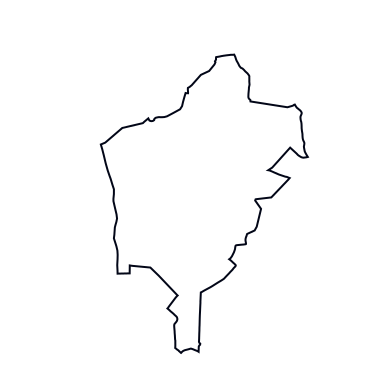 the district of 6e Arrondissement, Analamanga, Madagascar, rotated 37°
{"feature_id": "10022922B53755400100934", "entity_name": "6e Arrondissement", "entity_type": "district", "adm_level": 2, "iso_a3": "MDG", "parent_name": "Madagascar", "parent_adm1": "Analamanga", "projection": "orthographic", "projection_center": [47.5, -18.868], "detail": "fine", "context": "isolated", "style": "outline", "palette": "ink", "viewbox_px": 384, "rotation_deg": 37, "n_neighbors": 0, "source": "geoboundaries", "source_scale": "gbopen_adm2", "svg_char_len": 4973}
<svg xmlns="http://www.w3.org/2000/svg" viewBox="0 0 384 384"><g transform="rotate(37 192 192)"><path d="M293.4,315.6L290.4,311.3L290.3,310.9L290.3,310.5L290.2,310.1L290.2,309.7L290.3,309.3L290.4,309.1L290.0,308.4L289.8,308.1L289.5,308.1L289.3,308.1L288.9,308.1L288.4,307.9L287.8,307.5L287.6,307.3L287.5,307.1L286.9,306.2L285.8,304.6L285.5,304.2L284.3,302.5L282.6,300.1L282.4,299.8L281.3,298.2L280.2,296.7L279.2,295.3L278.4,294.1L276.4,291.3L274.4,288.5L272.3,285.5L270.4,282.7L267.3,278.2L265.4,275.4L264.7,274.5L261.2,269.4L259.5,266.9L259.8,266.4L259.9,266.2L261.1,263.3L262.8,259.6L264.0,257.0L264.9,254.8L265.8,252.4L267.2,248.7L268.7,245.0L269.7,242.2L270.1,238.5L270.6,234.4L270.7,232.8L270.8,232.2L271.1,229.8L271.1,227.5L271.3,226.3L271.4,225.1L271.2,224.4L270.9,224.1L269.2,223.8L267.5,223.7L266.0,223.5L264.0,223.3L263.0,223.3L262.8,223.3L262.4,223.3L262.2,223.3L262.5,222.4L262.6,221.5L262.6,220.4L262.6,219.6L262.5,218.8L262.2,217.2L261.8,215.0L261.4,213.7L260.9,212.2L260.6,211.5L260.0,210.5L259.6,209.7L259.3,209.2L259.2,208.8L259.2,208.4L259.3,208.1L259.6,207.7L260.1,207.2L261.5,205.9L263.9,203.7L264.3,203.4L265.0,202.7L265.9,201.8L266.3,201.4L266.4,201.1L266.3,200.9L266.2,200.7L265.4,199.9L264.6,199.2L263.8,198.4L263.3,197.7L262.9,197.0L262.4,195.8L262.2,195.3L262.2,194.9L261.6,193.3L261.3,192.3L265.2,185.0L264.9,183.0L264.6,180.8L257.3,163.9L247.6,160.8L247.2,159.6L247.6,159.1L258.6,148.6L261.5,123.8L261.5,123.3L261.6,122.1L258.6,122.9L257.3,123.6L251.0,125.7L246.0,126.9L241.0,128.1L239.8,128.7L241.4,124.2L243.7,97.5L252.9,98.4L253.1,98.5L253.7,98.6L254.3,98.7L255.5,98.7L256.7,98.6L257.6,98.5L258.4,98.4L259.0,98.2L259.6,97.9L260.1,97.7L260.4,97.5L260.8,97.1L261.4,96.5L262.0,95.9L262.5,95.4L262.7,95.2L263.4,94.3L261.6,93.6L259.5,92.7L257.7,91.8L256.9,91.1L255.8,90.1L254.7,89.1L253.9,88.2L253.6,87.5L252.9,86.2L252.3,85.3L251.5,84.7L250.1,84.0L249.0,83.3L247.9,82.3L246.4,80.6L245.8,79.8L244.8,78.7L243.1,77.1L241.2,75.1L239.8,73.3L238.3,71.5L237.8,71.0L237.1,70.3L236.1,69.6L235.0,68.6L234.1,67.6L233.4,66.7L233.0,65.6L232.7,64.3L232.4,63.4L231.9,62.7L231.2,62.3L230.4,62.0L229.5,61.8L228.6,61.7L227.4,61.7L226.1,61.6L225.3,61.6L225.1,61.6L224.4,61.4L223.7,61.2L221.5,60.3L221.2,60.8L221.0,61.0L220.9,61.7L220.7,62.1L220.4,62.6L220.1,63.1L219.8,63.5L217.2,66.9L184.2,84.5L183.2,83.4L182.0,83.3L181.0,83.1L179.9,82.3L178.9,80.9L177.8,79.3L175.4,75.4L174.6,74.3L173.4,71.7L171.2,69.2L170.5,68.2L169.5,66.9L168.5,65.6L168.1,65.0L167.4,64.6L165.0,63.9L161.8,63.6L160.0,63.2L158.0,63.0L156.2,63.4L153.9,62.8L151.4,61.5L148.6,60.3L147.3,59.5L145.2,58.0L144.0,57.4L143.5,57.1L143.2,57.0L143.0,56.9L142.2,57.7L141.1,58.6L140.3,59.2L139.1,60.4L137.7,61.7L136.0,63.4L135.2,64.2L133.7,65.8L132.6,67.1L131.2,68.6L130.4,69.4L130.1,69.8L130.5,70.5L131.5,71.8L131.7,73.8L132.6,74.2L133.2,76.6L132.9,84.5L132.9,85.0L128.6,93.1L127.5,107.1L127.2,108.0L126.9,109.5L126.5,110.4L126.1,111.3L126.4,111.8L126.8,112.4L127.4,113.1L128.0,113.8L129.0,114.9L129.4,115.5L128.0,116.5L127.3,116.8L129.0,121.3L130.7,125.6L132.4,129.4L132.4,129.5L132.7,133.1L129.4,140.4L126.5,146.6L124.8,148.8L122.7,150.6L120.4,152.2L119.2,153.5L118.2,154.8L118.1,156.2L118.0,156.7L118.5,157.4L118.3,158.0L118.2,158.3L118.0,158.7L117.8,159.0L117.6,159.2L117.3,159.5L117.0,159.8L116.7,160.0L116.3,160.2L116.0,160.3L115.6,160.4L115.3,160.5L114.9,160.5L114.6,160.3L114.1,160.2L113.4,159.8L112.8,159.5L112.2,162.1L111.6,164.7L111.5,165.4L111.4,166.1L111.3,166.6L97.8,182.8L93.0,204.8L90.6,208.9L94.5,211.8L99.5,215.8L105.9,221.1L111.7,225.5L116.4,228.7L118.9,230.3L124.1,234.1L128.0,236.8L130.9,240.7L133.4,244.8L134.8,246.6L137.4,248.8L139.9,250.9L145.2,255.3L148.1,258.3L149.6,261.4L150.5,263.8L151.7,266.7L155.8,273.0L157.5,276.0L163.4,280.2L164.6,281.1L167.7,283.7L170.5,287.0L173.0,290.5L176.3,295.4L179.9,299.7L181.7,302.0L183.2,300.8L191.2,294.5L186.5,288.1L188.6,287.0L204.2,277.4L215.4,278.8L216.1,278.9L242.6,283.3L242.8,283.3L242.6,284.8L242.5,286.3L242.5,288.3L242.5,291.0L242.5,294.2L242.5,296.5L242.5,297.7L242.6,299.0L242.5,299.8L244.3,299.9L245.4,300.0L246.2,300.1L246.5,300.2L247.6,300.2L249.3,300.3L250.7,300.4L251.3,300.5L251.9,300.6L253.0,300.7L254.2,300.8L255.4,301.1L255.8,301.4L256.4,301.9L256.8,302.3L257.1,302.8L257.3,303.3L257.5,303.9L257.6,304.9L257.6,305.9L257.5,307.4L257.5,308.2L257.9,309.0L258.3,309.6L258.9,310.3L259.5,311.0L260.4,312.0L261.4,313.1L262.1,313.9L262.9,314.9L263.6,315.7L264.6,316.8L265.6,318.0L266.7,319.3L267.4,320.1L268.1,320.7L268.7,321.5L269.6,322.7L270.3,323.6L270.9,324.4L271.5,325.2L272.0,326.0L272.5,326.7L272.9,326.7L273.8,326.7L274.9,326.8L276.1,326.7L276.9,326.7L277.3,326.9L277.5,326.9L278.0,326.9L278.9,327.0L279.7,327.1L280.1,327.1L280.2,326.5L280.2,326.1L280.3,325.3L280.6,324.3L281.1,323.3L281.6,322.5L283.7,319.9L284.1,319.4L284.2,319.2L284.3,319.1L284.6,318.7L284.8,318.4L285.0,318.2L285.2,317.9L285.4,317.7L287.4,317.0L289.4,316.5L291.9,315.8L293.3,315.6L293.4,315.6Z" fill="none" stroke="#020617" stroke-width="2"/></g></svg>